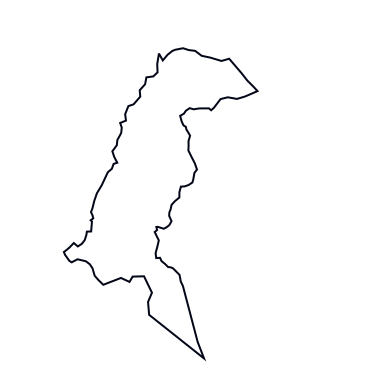 Kato Platres, Limassol, Cyprus (Robinson projection), rotated 127°
{"feature_id": "46923920B17078755342050", "entity_name": "Kato Platres", "entity_type": "district", "adm_level": 2, "iso_a3": "CYP", "parent_name": "Cyprus", "parent_adm1": "Limassol", "projection": "robinson", "projection_center": [32.832, 34.888], "detail": "fine", "context": "isolated", "style": "outline", "palette": "ink", "viewbox_px": 384, "rotation_deg": 127, "n_neighbors": 0, "source": "geoboundaries", "source_scale": "gbopen_adm2", "svg_char_len": 1838}
<svg xmlns="http://www.w3.org/2000/svg" viewBox="0 0 384 384"><g transform="rotate(127 192 192)"><path d="M317.7,82.2L308.3,97.3L272.6,142.6L270.3,147.0L265.7,152.1L264.4,161.2L264.9,163.5L266.3,165.9L265.7,170.2L265.5,174.8L263.8,177.9L266.3,180.8L262.7,184.3L256.2,186.9L250.6,189.4L248.5,193.6L246.4,197.7L243.4,197.0L241.4,199.4L240.5,198.5L238.3,192.4L235.2,191.0L232.1,190.2L227.6,190.8L224.8,195.9L221.9,197.8L218.8,198.6L214.5,200.6L209.5,200.1L204.0,198.8L199.8,201.9L194.4,204.1L191.8,201.1L188.4,198.9L184.2,197.4L181.3,198.5L175.2,201.6L171.1,201.5L167.4,207.0L164.5,213.0L161.0,219.9L156.9,222.7L153.5,225.4L148.2,227.4L146.5,231.3L145.6,233.9L143.7,236.1L143.9,238.9L142.0,242.5L138.3,247.3L134.3,245.6L130.8,245.8L126.4,244.3L125.0,240.5L120.7,236.3L115.0,228.8L115.2,225.9L111.8,225.2L100.6,225.1L94.8,220.4L90.6,212.1L83.8,207.1L72.0,200.4L70.9,206.3L69.7,214.9L67.4,223.5L63.2,242.5L69.6,247.3L73.6,258.1L77.4,266.3L77.4,274.5L80.5,279.8L82.6,285.7L88.5,291.0L91.2,292.6L97.1,294.1L104.5,294.5L101.3,301.7L101.2,301.8L110.7,296.8L117.2,291.5L123.0,292.5L127.9,297.4L134.2,294.3L142.2,295.0L147.0,290.7L157.1,291.4L161.7,294.5L170.1,292.2L174.7,287.7L180.1,290.9L182.9,286.8L187.6,284.0L195.4,282.9L199.9,280.2L207.4,280.1L210.8,275.2L213.6,269.3L216.7,271.5L221.7,270.0L226.9,271.1L241.2,268.1L250.2,267.2L257.9,264.7L265.2,261.6L268.8,260.6L270.6,257.3L272.5,255.0L275.5,255.9L275.8,254.1L280.9,250.9L284.2,248.8L286.9,252.1L290.1,250.4L295.1,248.7L299.7,248.8L304.2,250.4L303.9,255.7L309.7,256.4L313.5,257.2L317.0,258.2L317.9,256.7L318.6,255.5L320.8,248.5L320.6,245.8L314.6,242.9L311.2,235.1L311.2,230.1L312.9,225.4L317.4,219.4L318.6,213.9L319.5,207.0L313.5,203.3L303.4,197.0L301.4,187.8L295.3,188.5L288.2,179.6L296.5,163.4L306.3,160.9L315.9,152.3L317.7,82.2Z" fill="none" stroke="#020617" stroke-width="2"/></g></svg>